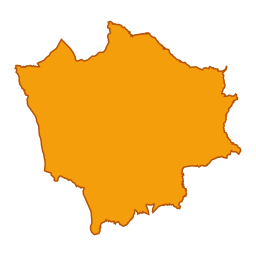 Mafeteng, Mafeteng, Lesotho (Albers equal-area conic projection)
{"feature_id": "5366337B69820143482286", "entity_name": "Mafeteng", "entity_type": "district", "adm_level": 2, "iso_a3": "LSO", "parent_name": "Lesotho", "parent_adm1": "Mafeteng", "projection": "albers", "projection_center": [27.27, -29.817], "detail": "fine", "context": "isolated", "style": "filled", "palette": "amber", "viewbox_px": 256, "rotation_deg": 0, "n_neighbors": 0, "source": "geoboundaries", "source_scale": "gbopen_adm2", "svg_char_len": 5774}
<svg xmlns="http://www.w3.org/2000/svg" viewBox="0 0 256 256"><path d="M110.2,21.4L108.2,22.2L108.3,22.7L109.0,23.6L107.7,26.2L107.6,27.2L107.8,27.7L110.0,28.9L109.6,30.2L110.5,33.1L109.2,33.7L107.9,35.0L107.8,37.4L108.6,39.6L108.4,40.8L109.0,41.9L105.9,48.0L105.6,49.4L103.9,51.7L102.9,52.3L99.1,52.4L95.6,55.7L93.7,56.3L92.3,56.1L87.8,59.9L84.2,61.1L81.4,59.5L77.9,61.0L75.9,60.6L75.0,56.4L73.1,52.5L70.4,48.6L61.4,39.4L56.5,48.4L50.5,52.8L49.2,55.5L46.6,57.3L43.8,60.4L37.5,63.2L39.4,66.6L37.2,66.8L35.5,66.3L34.8,66.6L33.9,66.3L33.5,65.7L32.9,66.3L31.7,66.2L31.3,65.8L30.8,66.0L30.0,65.4L29.3,65.9L26.4,66.0L26.3,66.5L25.1,67.4L24.7,67.3L24.7,66.8L23.5,67.2L23.2,66.6L21.3,67.3L20.8,66.2L19.7,65.5L19.0,65.7L16.9,65.4L15.9,65.6L15.8,68.0L15.4,68.4L16.7,68.9L16.4,69.6L16.7,70.6L16.1,72.2L17.8,74.0L19.0,76.6L19.3,78.8L19.1,81.7L19.7,82.4L19.6,84.0L21.5,86.6L21.9,88.3L23.7,89.4L24.1,90.4L24.6,90.4L24.1,91.1L25.1,92.6L24.9,93.5L25.4,93.6L25.8,95.1L27.8,95.3L28.3,96.3L27.0,99.4L27.6,102.4L27.3,103.4L27.8,105.2L34.9,115.3L36.3,118.4L36.7,121.3L38.7,125.8L39.4,135.3L40.4,137.5L41.1,140.8L41.5,145.0L42.8,151.8L43.5,152.9L44.5,159.1L44.9,159.9L45.2,164.8L44.6,169.3L44.7,170.9L50.9,173.0L51.4,175.2L53.7,177.2L54.6,178.5L54.2,179.7L54.5,180.8L56.8,181.1L57.6,180.8L58.3,177.6L59.7,176.1L60.6,176.0L64.9,178.2L67.1,178.8L68.5,180.3L69.7,179.7L71.6,180.5L72.6,182.1L74.5,183.1L75.6,184.6L76.4,186.5L77.6,185.7L79.1,186.9L80.2,187.0L81.0,188.0L82.4,187.2L84.2,188.0L83.2,190.9L83.3,193.8L90.9,211.2L91.2,212.8L91.9,221.6L91.8,223.2L90.5,226.7L90.7,229.8L91.9,232.4L94.4,234.6L98.8,233.5L99.7,231.6L99.4,231.5L99.5,230.5L100.2,229.9L99.6,228.3L100.7,227.6L100.1,226.7L100.6,226.2L100.4,225.9L101.0,223.8L102.8,222.4L104.7,221.7L105.1,221.1L106.0,221.2L106.7,220.6L106.5,220.1L107.5,220.7L108.3,220.6L108.6,221.3L109.4,220.7L111.3,221.9L114.2,221.4L114.2,223.3L115.3,223.9L115.9,222.6L118.1,221.8L119.1,222.5L119.9,224.4L120.5,224.4L120.8,224.9L123.4,226.2L126.5,224.8L127.7,223.8L128.1,222.9L127.9,222.7L128.6,222.3L131.0,219.3L131.6,219.5L131.8,218.0L132.6,217.9L133.3,216.5L133.6,214.6L134.4,213.5L134.6,210.7L135.1,209.9L136.9,211.5L137.8,213.1L137.8,214.1L139.2,213.5L140.0,212.4L141.2,213.1L142.8,212.9L142.8,211.9L148.7,214.3L148.2,210.9L146.0,205.1L146.4,204.4L149.7,205.0L151.7,204.9L153.9,204.0L154.3,204.4L153.7,205.8L153.8,206.5L153.0,208.0L152.5,210.6L152.4,211.4L152.9,212.5L158.3,206.7L161.5,205.3L162.7,205.2L163.1,204.8L163.8,205.2L164.2,204.8L164.5,205.1L166.1,204.2L167.4,205.1L167.9,204.5L169.1,205.0L169.5,203.8L171.3,204.9L173.0,204.5L174.3,206.5L176.6,207.3L177.1,208.4L178.6,208.2L179.6,208.7L180.4,206.3L179.4,205.7L178.7,204.6L179.4,202.8L181.2,201.6L181.9,201.6L181.8,200.8L183.0,199.3L183.3,196.6L184.2,196.8L184.7,195.7L185.7,196.2L186.5,194.4L186.0,193.1L186.1,190.9L186.5,190.2L185.6,189.7L185.9,188.8L184.6,188.5L184.0,187.0L183.3,187.4L182.9,187.2L183.1,186.7L182.5,185.6L183.2,185.4L182.3,184.5L183.0,184.3L182.1,183.6L182.3,183.1L182.5,183.3L183.1,183.0L182.4,181.8L183.3,181.6L182.9,179.3L183.0,178.3L182.2,176.7L182.6,176.6L183.2,175.2L183.6,175.2L183.5,174.1L183.4,173.8L182.5,174.6L182.0,174.0L182.3,169.3L183.3,168.3L183.2,167.6L184.9,166.9L191.6,165.8L196.5,166.2L197.2,165.5L198.9,167.0L201.1,165.5L202.1,165.4L204.3,166.1L206.3,165.8L206.9,164.9L207.2,165.1L207.3,164.6L208.7,163.8L211.9,159.7L214.6,158.9L216.2,157.8L217.5,157.7L217.8,157.0L219.5,157.3L221.4,156.4L224.3,157.7L226.9,158.1L227.1,155.8L228.2,154.7L230.1,154.5L231.2,150.7L232.9,151.8L235.9,151.8L238.8,154.2L240.6,150.8L240.5,149.1L239.7,148.0L238.3,147.5L236.8,145.0L234.6,144.5L234.4,144.1L232.9,143.9L233.0,143.5L232.4,143.8L232.5,143.0L232.1,143.2L231.1,142.4L230.1,140.0L228.3,138.4L228.1,137.5L227.6,137.6L227.1,136.9L227.4,136.2L227.2,135.2L226.3,133.2L225.7,132.6L224.4,132.4L224.3,130.3L223.9,129.9L223.9,128.4L223.6,128.1L223.5,127.4L224.2,125.9L223.7,123.3L225.0,122.4L226.2,119.5L225.9,118.0L226.3,116.4L225.7,115.4L225.8,114.9L226.6,114.7L226.3,113.7L227.6,112.5L228.7,110.6L228.9,109.9L228.5,109.2L228.9,108.3L229.5,108.3L230.6,106.6L231.5,106.2L231.7,104.8L232.7,103.6L232.5,102.8L233.6,102.4L233.2,101.8L233.8,101.5L233.8,100.6L235.1,100.3L236.5,99.2L237.3,99.4L237.7,98.0L236.5,96.7L236.5,94.8L235.7,94.0L235.5,94.5L233.7,96.0L231.9,96.2L229.4,95.2L228.5,95.3L227.7,96.1L224.5,96.3L225.2,95.0L224.9,94.4L223.7,93.8L221.8,93.7L223.4,88.3L224.3,88.0L224.6,87.3L225.0,84.8L224.2,83.1L224.1,81.0L223.3,77.6L223.8,75.1L222.6,74.0L222.7,73.0L226.1,69.5L226.6,68.1L226.6,65.7L225.7,68.9L223.1,70.8L221.9,71.2L220.0,71.1L218.9,71.4L217.8,70.8L217.7,70.2L218.1,70.0L218.0,69.2L213.5,68.5L213.4,67.9L212.9,68.2L209.7,66.6L209.2,67.3L209.0,68.5L205.1,67.8L203.7,68.3L202.3,69.8L198.4,68.3L196.4,66.9L190.0,67.3L188.8,65.5L186.7,64.4L185.0,62.4L184.6,62.7L182.9,62.7L181.9,62.2L181.6,61.7L181.0,61.6L180.7,62.0L179.4,61.0L179.9,60.6L176.7,59.4L174.5,57.2L173.5,56.8L173.4,56.2L171.9,55.2L172.2,54.8L171.0,54.3L169.5,52.5L169.5,51.7L168.7,49.6L167.6,49.2L166.7,49.3L165.9,48.8L164.2,49.0L164.1,48.6L164.8,48.3L164.7,47.7L163.8,47.6L163.4,48.2L163.3,46.7L162.5,46.2L162.4,45.6L161.4,45.7L161.0,44.6L159.2,43.6L158.7,42.7L158.2,42.5L158.1,41.8L155.8,39.4L155.5,38.1L154.0,37.2L153.3,37.4L151.5,36.4L149.9,34.8L149.6,33.6L147.8,32.8L147.4,33.2L147.6,33.9L147.2,33.9L146.4,33.0L145.9,33.0L145.4,33.9L144.5,33.5L143.7,34.0L143.0,33.6L142.4,34.2L141.1,33.8L140.5,34.3L137.0,34.6L136.4,34.9L135.2,34.8L134.7,35.4L132.9,35.5L132.6,36.6L132.0,36.3L131.9,35.3L131.0,35.8L131.1,34.6L128.9,33.0L130.1,32.2L129.9,31.9L127.9,31.1L126.7,29.5L125.3,28.8L124.5,27.1L123.0,27.5L121.9,26.6L121.6,25.6L119.5,24.7L118.3,24.4L117.5,24.8L115.4,24.0L114.4,24.3L113.7,23.6L113.2,24.0L112.4,23.9L112.5,23.0L111.7,22.2L110.2,21.4Z" fill="#f59e0b" stroke="#b45309" stroke-width="1.5"/></svg>